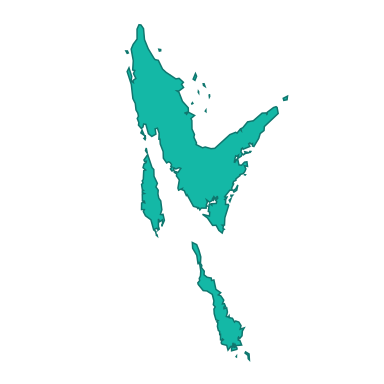 outline of Masbate, Masbate, Philippines, rotated 198°
{"feature_id": "2640588B67488359993346", "entity_name": "Masbate", "entity_type": "district", "adm_level": 2, "iso_a3": "PHL", "parent_name": "Philippines", "parent_adm1": "Masbate", "projection": "robinson", "projection_center": [123.452, 12.45], "detail": "fine", "context": "isolated", "style": "filled", "palette": "teal", "viewbox_px": 384, "rotation_deg": 198, "n_neighbors": 0, "source": "geoboundaries", "source_scale": "gbopen_adm2", "svg_char_len": 6088}
<svg xmlns="http://www.w3.org/2000/svg" viewBox="0 0 384 384"><g transform="rotate(198 192 192)"><path d="M150.6,162.3L150.6,165.6L149.8,166.5L151.4,167.1L151.6,169.3L152.9,169.8L150.9,170.6L152.8,177.6L153.0,190.6L153.7,191.4L156.3,190.5L157.7,195.6L159.3,194.5L157.3,196.3L157.1,198.1L158.7,197.3L159.5,197.5L156.6,205.4L154.3,206.2L155.5,208.0L154.9,212.5L155.8,212.5L155.7,214.9L153.8,216.7L154.3,218.1L151.4,222.5L151.8,223.4L149.0,225.4L148.1,227.7L147.9,230.6L150.3,233.2L147.1,233.5L149.1,237.7L151.3,236.6L153.2,232.7L155.7,232.3L159.1,238.1L160.4,233.5L161.0,233.5L161.3,235.3L160.5,236.0L161.5,236.8L161.6,239.9L160.4,239.8L159.2,241.5L158.9,238.3L158.6,238.3L156.2,241.4L155.9,243.9L157.8,245.2L158.3,248.4L157.5,249.4L156.6,248.5L151.0,253.2L153.0,255.4L152.1,256.6L150.5,255.8L149.4,256.8L148.7,254.4L147.2,254.4L145.1,263.6L145.2,268.7L142.5,272.7L143.4,276.6L134.3,293.3L137.2,298.7L138.4,299.1L140.6,297.5L145.0,291.2L144.7,289.3L144.8,289.0L146.0,290.1L149.7,288.7L155.7,278.7L160.8,275.9L163.5,268.9L165.0,267.4L164.1,265.6L165.6,266.5L167.4,261.9L168.9,262.3L173.7,258.3L183.8,240.6L187.3,239.1L193.3,238.9L195.6,237.3L202.7,238.4L202.9,240.1L207.2,244.7L207.4,247.4L211.5,251.9L214.2,259.9L215.7,261.6L213.2,265.6L220.3,266.8L221.2,264.2L222.6,265.2L223.7,264.6L220.2,267.2L221.6,270.9L229.1,275.3L235.2,282.8L237.5,283.5L235.6,284.1L232.3,288.8L235.2,291.1L234.1,293.7L239.4,296.1L242.3,294.6L253.7,297.8L258.0,299.8L264.7,306.8L268.0,306.5L269.5,307.4L277.9,314.7L284.3,322.3L288.6,332.4L292.2,335.1L294.1,334.7L294.6,329.9L291.5,320.5L293.6,314.2L294.0,309.1L288.4,298.7L286.1,289.7L284.0,289.9L284.2,286.5L280.5,282.7L282.6,279.8L281.6,278.0L284.2,278.7L285.0,283.2L290.3,290.6L290.9,286.5L283.0,275.6L277.1,262.6L273.3,258.7L270.6,252.7L268.0,250.4L266.3,247.5L266.8,245.0L264.0,241.6L263.6,239.1L259.9,236.8L258.7,238.6L259.0,241.7L256.8,242.1L251.5,234.0L247.4,232.4L244.2,235.9L246.6,240.7L244.6,242.0L241.4,237.7L239.8,232.0L238.8,232.3L237.0,227.8L231.9,221.5L229.7,215.3L225.1,211.8L223.6,213.5L221.7,213.2L219.9,211.7L220.0,209.8L218.7,209.5L219.7,207.3L217.7,205.8L215.7,206.7L216.7,208.6L216.7,209.4L214.5,208.9L211.8,211.1L209.9,211.0L211.3,206.4L214.5,206.3L214.8,205.2L212.1,204.5L211.8,202.5L207.8,199.6L206.6,191.4L205.3,189.6L202.3,192.3L202.4,191.1L199.8,190.9L196.3,186.9L195.8,187.9L186.2,178.8L182.4,179.0L181.5,178.1L180.8,179.1L179.0,177.4L178.2,179.6L173.6,181.0L174.0,182.5L173.1,183.3L174.4,184.0L174.3,187.3L175.7,189.0L172.2,187.8L169.6,190.8L170.5,191.4L169.8,194.4L167.1,192.4L167.4,193.8L166.7,195.5L166.4,195.5L165.6,194.0L166.9,191.4L165.5,190.5L165.4,188.6L169.7,186.9L169.1,185.6L171.4,186.3L171.8,185.3L170.5,178.5L168.9,178.3L168.0,174.5L175.1,174.0L169.3,172.1L162.1,166.6L158.8,167.8L154.6,163.8L150.6,162.3ZM108.9,52.8L107.4,57.1L105.6,58.0L106.5,61.2L104.4,58.8L104.2,60.6L102.9,59.4L97.5,61.8L100.6,65.6L102.2,65.4L103.0,67.4L102.9,68.4L101.3,67.5L100.0,70.7L101.1,75.3L100.4,78.9L103.8,76.4L104.1,80.1L107.3,82.8L110.6,82.8L111.4,81.4L114.5,84.4L117.7,84.0L118.5,85.7L118.8,84.3L120.9,84.2L121.2,88.8L123.2,92.5L125.5,90.9L126.1,92.4L124.7,93.4L126.7,95.8L128.5,95.0L128.4,99.0L132.5,102.1L135.2,102.3L133.6,105.1L139.2,106.8L144.0,115.1L146.1,113.9L147.1,116.1L151.3,115.6L155.0,117.0L155.9,120.5L159.7,123.0L160.0,125.2L161.9,126.7L163.6,133.0L167.4,138.7L171.3,143.4L176.1,144.1L174.0,138.7L167.9,133.3L163.8,125.0L164.4,127.1L163.1,127.3L159.2,119.4L158.0,114.7L158.4,112.1L157.3,110.1L158.4,107.4L157.5,106.0L150.9,101.7L147.3,102.5L141.1,100.9L137.5,95.2L136.9,91.4L134.4,89.9L135.0,87.5L133.2,83.0L129.7,77.8L127.4,77.7L128.3,76.2L127.0,75.6L126.3,72.0L124.1,68.4L122.7,68.0L121.6,65.0L120.9,65.4L119.2,60.2L117.9,60.1L117.6,61.7L116.5,61.2L117.8,59.6L117.6,57.5L116.4,56.6L111.6,56.9L108.9,52.8ZM216.8,144.2L214.6,146.5L213.2,146.0L212.8,147.3L215.6,156.0L213.5,153.8L211.6,156.3L209.9,152.1L209.5,156.5L213.0,162.4L212.7,161.2L215.1,160.9L215.2,165.8L219.0,173.9L221.6,175.8L223.8,179.6L224.7,183.3L227.9,185.7L227.6,189.5L233.0,195.2L235.3,201.6L237.6,202.9L245.7,213.9L247.6,207.6L246.5,206.4L244.9,207.2L244.8,205.7L246.3,203.9L246.1,200.0L242.9,198.6L244.5,197.3L242.2,188.8L242.8,187.2L241.4,185.5L242.3,183.6L239.9,178.8L238.7,178.5L239.6,177.7L239.1,176.2L236.9,175.8L238.7,174.8L236.5,168.4L234.5,168.6L233.6,167.1L235.6,167.1L236.5,165.9L234.6,159.7L231.9,160.5L232.2,158.3L228.9,155.0L222.5,152.9L216.8,144.2ZM223.7,299.1L223.4,303.5L225.3,305.7L225.8,299.7L223.7,299.1ZM133.0,307.5L130.1,309.1L130.8,312.7L134.2,309.3L133.0,307.5ZM105.3,53.2L100.7,56.2L100.9,57.4L102.8,58.7L103.4,57.4L105.2,57.4L106.2,55.8L105.3,53.2ZM85.5,50.0L87.7,55.6L91.6,56.5L91.8,55.2L88.3,53.9L87.0,50.8L85.5,50.0ZM152.1,204.9L150.0,207.5L150.6,212.9L151.4,208.4L153.4,206.1L152.1,204.9ZM258.9,232.4L254.9,231.1L258.6,235.4L258.9,232.4ZM155.0,242.7L153.1,245.2L149.8,247.0L154.2,246.6L153.4,245.7L155.0,242.7ZM298.5,305.7L296.5,303.8L296.0,304.1L295.8,304.5L295.6,304.6L297.0,306.2L298.5,305.7ZM249.0,217.0L246.4,214.9L249.1,219.7L249.0,217.0ZM266.6,315.9L265.4,316.6L265.8,317.8L267.7,317.5L266.6,315.9ZM213.5,141.2L214.1,143.2L216.0,144.2L214.0,142.6L213.5,141.2ZM154.1,195.7L153.0,194.6L152.9,197.7L154.1,195.7ZM212.2,296.4L214.0,298.7L214.8,298.4L214.0,296.9L212.2,296.4ZM252.8,227.3L252.8,228.8L253.2,229.4L254.3,228.1L252.8,227.3ZM169.0,190.9L168.6,192.3L169.1,193.0L169.8,191.7L169.0,190.9ZM205.6,290.4L205.6,289.4L204.8,287.7L204.7,288.3L205.6,290.4ZM204.4,273.0L203.6,272.7L204.1,274.1L204.4,273.0ZM211.4,139.4L212.0,140.4L212.9,140.9L212.7,140.0L211.4,139.4ZM153.5,200.0L152.7,200.6L152.3,201.5L154.0,200.9L153.5,200.0ZM149.6,247.4L148.9,247.7L148.6,248.7L149.5,248.5L149.6,247.4ZM210.1,150.0L209.9,151.0L210.5,152.1L210.6,151.7L210.1,150.0ZM219.2,277.1L219.7,275.2L218.5,276.5L219.2,277.1ZM212.4,145.5L211.7,146.5L212.2,147.3L212.4,146.8L212.4,145.5ZM148.1,224.6L146.6,224.6L146.5,224.9L148.1,224.6ZM216.3,288.3L216.7,289.5L217.1,289.8L216.9,288.8L216.3,288.3ZM254.0,230.4L253.6,230.7L254.1,231.6L254.0,230.4ZM99.2,49.0L98.8,48.9L99.0,49.6L99.2,49.0Z" fill="#14b8a6" stroke="#0f766e" stroke-width="1.5"/></g></svg>